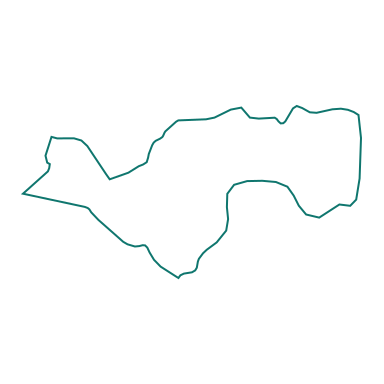 an SVG outline of Nsanje, rotated 270°
{"feature_id": "MWI-1919", "entity_name": "Nsanje", "entity_type": "District", "adm_level": 1, "iso_a3": "MWI", "parent_name": "Malawi", "parent_adm1": "", "projection": "orthographic", "projection_center": [35.132, -16.733], "detail": "fine", "context": "isolated", "style": "outline", "palette": "teal", "viewbox_px": 384, "rotation_deg": 270, "n_neighbors": 0, "source": "natural_earth", "source_scale": "10m", "svg_char_len": 1326}
<svg xmlns="http://www.w3.org/2000/svg" viewBox="0 0 384 384"><g transform="rotate(270 192 192)"><path d="M164.9,228.1L153.4,226.2L141.6,216.7L134.2,206.7L130.7,203.0L125.2,198.9L122.5,197.9L116.3,196.8L113.6,195.2L111.7,192.0L110.4,183.9L108.7,180.4L106.0,178.4L108.8,174.0L117.4,160.6L124.2,154.0L131.5,149.6L136.4,147.3L138.6,145.1L138.8,142.7L137.9,139.2L137.5,134.9L139.7,127.5L142.2,123.2L164.0,98.5L171.7,91.2L174.6,89.4L176.0,87.7L177.1,84.8L190.3,23.0L212.6,47.9L215.8,49.2L219.9,49.8L221.4,47.2L228.3,45.5L247.1,51.5L245.6,57.2L245.7,73.9L243.5,81.4L238.0,87.3L209.8,106.1L204.7,109.7L211.3,128.4L217.8,138.8L219.5,143.1L221.8,146.7L226.3,148.1L230.0,148.8L238.8,152.2L241.4,153.7L243.2,155.7L245.3,160.0L246.9,162.3L248.1,163.1L251.5,164.6L252.7,165.4L262.3,176.1L263.6,178.3L264.7,206.1L266.4,214.5L274.4,230.8L276.4,241.3L266.4,249.9L265.4,258.8L266.3,274.7L265.0,276.7L262.6,278.5L260.6,280.7L260.8,283.3L262.6,285.3L275.6,293.0L278.0,296.7L276.0,302.1L271.7,309.8L271.2,316.6L274.7,332.4L275.3,340.9L274.2,347.9L272.0,353.7L269.0,358.5L268.9,358.5L246.0,361.0L205.5,359.6L184.4,356.2L178.2,350.2L179.5,339.4L166.4,319.2L169.5,306.1L178.3,298.8L188.4,293.7L197.3,287.4L202.0,275.9L203.2,262.3L202.9,247.1L199.2,234.1L190.2,227.3L176.9,226.9L164.9,228.1Z" fill="none" stroke="#0f766e" stroke-width="2"/></g></svg>